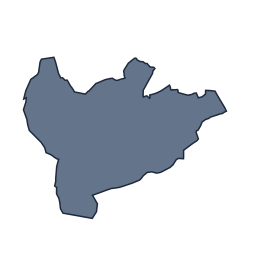 outline of Gwarzo, Kano, Nigeria, rotated 350°
{"feature_id": "59680162B96182902271382", "entity_name": "Gwarzo", "entity_type": "district", "adm_level": 2, "iso_a3": "NGA", "parent_name": "Nigeria", "parent_adm1": "Kano", "projection": "orthographic", "projection_center": [7.983, 11.901], "detail": "fine", "context": "isolated", "style": "filled", "palette": "slate", "viewbox_px": 256, "rotation_deg": 350, "n_neighbors": 0, "source": "geoboundaries", "source_scale": "gbopen_adm2", "svg_char_len": 2272}
<svg xmlns="http://www.w3.org/2000/svg" viewBox="0 0 256 256"><g transform="rotate(350 128 128)"><path d="M164.8,74.2L164.2,73.0L163.1,72.4L161.7,72.2L160.3,71.5L159.5,70.4L158.4,68.5L158.1,67.8L156.1,67.4L154.4,65.4L151.5,64.6L150.0,63.4L148.9,62.7L148.7,62.0L148.4,61.1L147.7,60.5L146.6,60.5L145.1,61.2L139.6,64.2L134.7,69.6L133.6,71.2L133.6,72.1L133.6,74.0L133.3,75.6L133.6,77.2L133.7,77.7L133.7,78.4L132.3,78.5L130.1,78.6L126.2,79.2L124.3,78.9L122.7,77.7L121.9,76.8L121.3,76.3L119.1,76.2L114.1,76.4L105.4,78.4L104.3,78.5L96.3,84.5L95.0,85.0L91.9,87.2L81.6,83.2L80.5,80.3L79.7,78.5L78.7,76.7L76.4,70.3L74.3,70.1L72.4,67.3L70.5,66.9L70.4,66.6L69.1,62.5L68.1,50.6L67.3,45.5L54.7,45.2L52.9,47.7L50.7,54.3L49.9,57.0L48.7,59.0L48.0,59.7L40.7,63.3L33.9,73.4L30.3,81.4L33.1,80.6L32.0,84.6L28.2,91.9L29.4,99.0L29.9,101.8L29.8,107.2L30.4,113.3L40.0,127.1L42.6,133.0L43.0,138.0L47.8,141.2L50.8,144.4L52.8,146.2L54.3,146.7L51.1,153.5L47.9,165.8L47.6,167.9L45.7,172.4L47.5,174.3L47.2,174.9L46.2,180.4L47.7,185.3L47.9,189.6L47.5,195.8L49.2,200.6L77.1,210.8L82.4,205.0L84.7,197.4L81.6,188.7L81.3,188.1L93.6,185.9L99.5,184.9L101.0,184.7L108.3,185.0L111.5,184.7L122.7,183.0L130.3,181.3L132.7,179.7L133.0,179.3L134.8,177.6L139.2,175.1L144.0,175.3L145.9,176.3L148.3,177.4L151.4,177.4L153.6,177.0L161.0,174.6L161.4,174.4L161.8,174.4L162.5,174.2L164.0,173.2L165.8,172.2L169.9,167.7L172.3,166.7L177.3,167.9L177.7,166.3L178.9,159.6L189.1,154.4L193.5,152.6L195.4,151.0L194.3,144.0L194.7,142.7L196.5,142.4L199.9,138.4L202.0,135.0L205.8,133.1L209.1,132.6L211.1,131.6L221.4,130.1L223.6,130.1L224.9,129.4L226.4,128.9L227.8,128.5L226.8,124.8L221.5,110.9L220.1,106.8L215.4,105.4L211.0,104.4L210.2,108.1L206.2,110.2L202.5,110.4L201.3,105.4L199.3,105.2L196.7,106.0L192.7,106.1L188.3,104.1L187.2,103.5L184.1,102.1L183.5,101.4L183.8,99.8L183.5,99.0L183.5,98.8L182.5,98.6L181.1,98.5L179.6,98.4L178.7,97.9L178.3,98.1L178.0,98.2L177.1,98.1L176.7,97.7L176.8,95.2L176.3,93.0L171.0,95.4L169.7,96.0L168.3,96.6L167.9,96.7L167.0,97.1L165.7,97.5L164.2,98.0L162.0,98.5L159.9,98.9L158.7,99.0L157.5,99.1L155.1,99.3L155.1,100.5L154.9,101.8L154.4,102.4L152.1,99.6L150.2,99.8L148.6,100.2L148.5,98.9L149.5,93.6L153.1,89.1L161.6,78.6L162.3,76.4L164.8,74.2Z" fill="#64748b" stroke="#1e293b" stroke-width="1.5"/></g></svg>